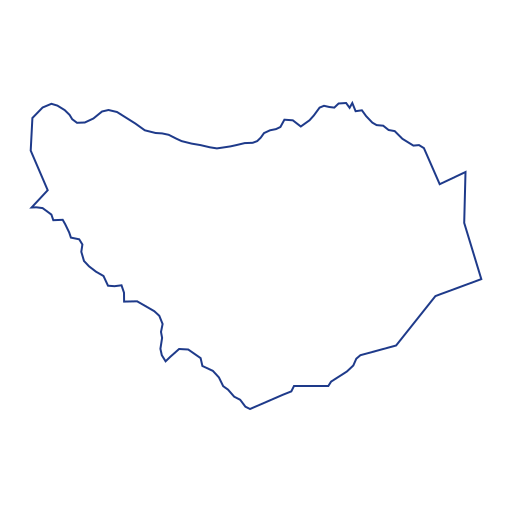 the district of Jardim do Seridó, Rio Grande do Norte, Brazil
{"feature_id": "56859067B35401844693268", "entity_name": "Jardim do Seridó", "entity_type": "district", "adm_level": 2, "iso_a3": "BRA", "parent_name": "Brazil", "parent_adm1": "Rio Grande do Norte", "projection": "robinson", "projection_center": [-36.831, -6.598], "detail": "fine", "context": "isolated", "style": "outline", "palette": "blue", "viewbox_px": 512, "rotation_deg": 0, "n_neighbors": 0, "source": "geoboundaries", "source_scale": "gbopen_adm2", "svg_char_len": 1576}
<svg xmlns="http://www.w3.org/2000/svg" viewBox="0 0 512 512"><path d="M334.3,107.6L329.3,107.0L324.0,105.8L319.6,107.6L313.8,115.5L309.5,120.3L300.8,126.5L292.8,120.3L284.4,119.7L280.4,127.0L276.0,129.1L270.0,130.3L264.0,133.1L260.7,137.7L257.2,141.1L252.7,142.8L244.7,143.1L236.3,145.1L230.4,146.4L222.4,147.6L216.9,148.4L209.9,147.3L200.5,145.1L191.6,143.6L181.6,141.1L176.2,138.6L168.7,134.8L162.1,133.4L155.6,133.0L144.8,130.3L135.3,123.5L117.0,112.0L108.5,110.0L102.0,111.5L93.4,118.5L84.8,122.5L77.0,122.8L72.2,119.2L69.6,114.9L64.7,110.1L57.4,105.6L51.4,103.8L42.6,107.5L32.4,118.0L30.7,150.6L47.7,190.2L31.6,207.5L36.4,207.3L42.6,208.1L51.4,214.6L53.3,220.2L62.7,219.8L65.2,224.2L69.2,232.5L70.9,237.6L79.2,239.3L82.4,244.5L81.3,251.8L84.0,261.0L89.0,266.3L96.0,271.7L103.5,276.0L108.0,285.7L114.5,286.2L121.5,285.3L124.0,292.7L124.1,301.6L137.1,301.3L154.3,311.2L159.3,315.8L162.6,324.0L161.0,331.9L162.1,337.9L160.4,348.8L161.8,355.2L165.6,361.3L170.4,356.7L179.1,349.0L188.2,349.5L200.6,358.1L202.4,366.0L212.9,370.9L218.9,377.4L223.2,386.2L228.0,389.6L234.2,396.7L240.2,399.8L245.4,406.7L250.0,409.0L283.0,394.7L291.3,391.4L294.0,386.0L328.3,386.0L331.1,381.6L346.9,371.5L353.3,365.5L356.3,358.7L360.4,355.2L396.1,345.5L435.4,296.1L440.4,294.2L446.7,291.9L481.3,279.1L464.2,222.9L465.5,172.0L439.7,184.2L423.9,148.1L419.0,145.1L413.4,145.6L402.4,138.8L394.7,131.1L388.6,130.0L383.2,125.7L376.6,125.1L372.3,122.6L366.1,116.1L361.9,110.3L355.6,111.2L352.3,103.0L349.6,107.8L346.1,103.0L338.6,103.5L334.3,107.6Z" fill="none" stroke="#1e3a8a" stroke-width="2"/></svg>